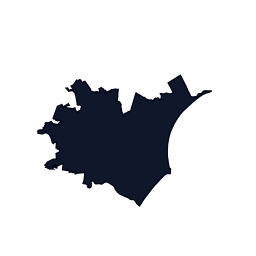 Centla, Tabasco, Mexico, rotated 143°
{"feature_id": "50627088B3950990861765", "entity_name": "Centla", "entity_type": "district", "adm_level": 2, "iso_a3": "MEX", "parent_name": "Mexico", "parent_adm1": "Tabasco", "projection": "robinson", "projection_center": [-92.665, 18.354], "detail": "fine", "context": "isolated", "style": "filled", "palette": "ink", "viewbox_px": 256, "rotation_deg": 143, "n_neighbors": 0, "source": "geoboundaries", "source_scale": "gbopen_adm2", "svg_char_len": 5892}
<svg xmlns="http://www.w3.org/2000/svg" viewBox="0 0 256 256"><g transform="rotate(143 128 128)"><path d="M165.7,59.0L162.8,59.9L158.8,61.5L145.8,65.2L140.6,66.4L138.7,66.6L132.2,67.9L128.5,68.4L126.4,68.5L125.3,68.4L124.6,68.3L123.8,68.0L123.0,67.2L121.9,66.4L121.5,66.4L119.2,69.2L118.7,70.0L119.1,71.2L118.9,72.0L118.3,73.1L117.4,74.9L117.0,75.6L116.8,76.2L115.2,78.8L114.5,80.4L112.4,83.5L110.5,86.1L106.7,90.7L104.6,92.8L101.4,95.7L98.9,97.7L96.8,99.3L93.7,101.1L93.4,101.2L93.2,101.4L93.2,101.5L91.6,102.3L91.1,102.5L88.6,103.8L85.0,105.3L83.6,105.8L82.0,106.4L77.9,107.7L73.8,108.5L68.3,109.2L67.9,109.1L63.3,109.6L63.0,109.6L61.2,109.8L61.0,109.7L60.6,109.8L57.8,110.0L52.7,110.1L49.0,109.9L46.9,109.6L45.8,109.4L44.2,108.9L40.9,107.6L38.9,107.3L41.5,109.1L43.7,111.0L45.0,111.7L45.6,111.9L47.7,111.4L48.7,111.3L49.4,111.7L50.7,112.5L51.4,112.7L51.8,112.6L52.9,112.1L53.5,111.9L54.5,111.9L55.1,112.1L57.1,113.4L58.4,114.4L58.8,114.8L59.0,116.4L58.9,116.6L58.7,116.6L57.7,122.0L56.5,127.4L54.5,138.5L68.7,139.8L70.4,129.0L71.9,129.1L72.8,129.4L73.9,129.6L75.3,131.3L76.4,132.7L77.0,133.0L78.0,133.2L79.1,133.7L79.4,133.9L80.4,135.2L81.4,135.9L81.6,135.6L81.6,134.7L81.5,133.5L82.1,133.3L82.3,133.1L82.9,132.4L83.2,131.7L83.4,131.6L83.9,131.7L84.3,131.0L84.6,130.8L84.9,130.8L86.2,131.7L86.0,132.3L85.6,132.9L85.6,133.1L85.8,133.6L86.2,134.1L86.5,134.2L87.0,134.1L87.5,134.2L87.8,134.5L88.0,135.0L88.3,135.2L88.8,135.2L89.9,135.1L90.7,134.7L91.2,134.3L91.8,134.7L91.9,135.1L92.1,135.7L92.4,136.1L93.1,136.8L94.1,137.2L94.3,137.6L94.9,138.2L95.2,138.7L95.7,139.1L95.8,139.5L95.7,139.7L95.7,139.8L96.3,140.3L96.6,141.0L96.3,142.0L96.3,142.3L96.6,142.5L97.3,142.9L97.3,143.0L99.1,147.7L99.3,147.6L100.5,151.0L102.3,149.8L115.5,140.0L118.4,140.7L121.2,141.1L124.1,141.6L123.6,144.0L122.6,146.2L121.6,147.6L121.3,149.0L121.0,149.4L120.4,150.1L120.1,150.2L119.5,150.9L119.2,152.9L119.2,153.9L119.8,154.0L119.9,154.7L120.2,156.0L120.2,156.6L117.3,159.4L115.3,162.0L112.7,164.7L115.2,166.9L117.4,167.9L118.1,168.6L118.6,168.6L119.6,168.3L119.9,167.9L119.9,168.5L123.3,169.5L124.6,167.5L125.2,168.5L124.8,168.7L124.8,169.2L124.9,169.9L124.6,170.3L123.7,170.7L123.4,171.1L123.4,171.3L123.5,171.7L124.1,172.2L124.5,172.8L124.5,173.3L124.3,173.8L124.2,174.0L124.4,174.2L125.2,174.7L125.3,174.9L125.0,175.6L125.0,176.1L125.1,176.4L126.1,176.3L127.4,176.7L128.9,173.2L131.7,176.3L133.0,175.3L133.1,176.7L134.5,178.2L135.4,179.8L135.4,180.8L135.1,181.3L134.7,181.4L134.4,191.2L137.7,191.9L137.1,194.1L137.4,194.1L137.2,194.9L137.3,195.4L137.7,195.7L138.2,195.8L139.2,195.3L139.6,195.4L140.0,195.9L140.2,197.0L141.1,196.8L141.9,196.3L146.1,195.2L148.1,195.7L148.4,191.9L148.8,191.9L149.2,191.8L149.6,191.9L150.3,192.8L150.7,193.1L151.2,193.1L151.8,193.0L152.0,193.1L152.2,193.8L152.7,194.6L152.6,194.9L152.2,195.7L152.2,196.1L152.6,196.5L153.4,197.0L153.4,196.3L153.2,194.9L153.1,193.0L150.6,192.1L150.2,191.3L149.4,191.3L149.4,189.4L148.6,187.7L149.8,186.9L149.9,186.4L149.6,186.3L149.7,186.0L154.2,177.2L154.3,177.2L154.2,176.6L153.7,176.0L153.4,175.9L152.7,176.0L152.5,175.8L152.0,174.4L151.9,174.0L152.1,172.7L152.4,172.6L152.8,172.5L154.7,171.0L155.5,170.7L155.8,170.5L156.0,170.5L156.3,170.6L156.4,171.1L156.5,171.2L157.4,170.9L157.8,170.9L158.1,171.2L158.8,171.0L159.0,171.4L159.0,171.7L159.5,173.7L158.4,176.0L159.4,176.3L160.0,176.2L164.8,180.8L165.2,182.7L164.0,182.8L161.3,181.6L161.1,183.2L167.2,183.8L166.8,186.5L170.2,187.4L171.3,187.7L171.8,187.5L172.2,187.1L179.8,182.1L181.1,181.3L181.5,181.0L182.0,180.3L181.8,179.9L180.9,179.6L180.2,179.0L180.3,178.3L180.5,177.7L180.9,178.8L180.9,178.7L180.8,177.4L180.2,177.1L179.9,177.3L179.7,176.9L179.8,176.3L179.7,176.1L178.4,175.5L178.2,175.3L177.2,174.6L176.8,174.3L176.8,173.8L182.5,172.9L182.9,173.8L185.6,176.8L185.4,179.2L186.5,179.5L187.7,179.7L188.8,180.2L189.1,180.4L189.7,181.2L190.1,181.5L191.0,181.6L191.4,181.4L191.7,180.8L191.9,179.9L192.2,179.8L192.6,179.8L193.1,180.0L193.7,179.0L194.2,178.9L194.6,178.9L195.3,179.3L195.5,178.9L195.7,178.6L195.8,177.5L196.4,178.0L196.5,177.8L196.8,177.6L197.0,177.6L197.4,177.8L199.0,179.0L200.0,179.6L200.7,179.9L201.6,179.9L201.8,179.7L202.1,179.3L202.9,178.0L199.8,174.8L196.2,173.9L194.8,170.1L195.2,166.9L197.2,161.5L196.8,160.7L196.4,161.3L193.5,159.6L195.6,157.3L195.6,156.6L196.3,156.5L197.3,155.4L196.6,154.6L197.1,154.1L196.6,153.4L195.7,154.3L195.1,153.0L195.8,152.6L196.1,151.2L196.3,151.1L196.4,150.7L197.9,149.5L198.4,150.3L200.7,150.8L201.1,150.3L203.6,146.3L205.8,147.3L206.4,147.9L206.9,148.2L209.2,148.5L212.8,149.2L216.7,148.3L216.2,146.3L217.1,146.1L215.3,145.0L216.3,144.6L215.4,142.6L212.4,140.4L212.5,140.7L211.2,143.1L210.6,142.9L209.9,142.5L208.3,142.0L208.3,141.9L210.7,141.4L210.1,141.0L209.8,140.2L208.9,139.0L207.7,140.4L203.3,139.4L202.3,139.1L200.6,138.8L205.4,134.1L200.7,129.4L200.8,129.2L200.9,128.8L201.4,128.1L200.0,127.8L200.1,127.5L200.1,127.0L199.2,127.0L199.0,126.8L198.9,125.9L198.9,125.7L198.6,125.5L198.2,126.1L198.1,125.5L198.0,125.4L197.7,125.0L197.3,124.9L197.3,124.5L197.7,123.2L197.3,122.8L197.1,122.9L197.0,123.3L189.1,118.5L194.7,112.4L197.1,110.9L196.8,110.3L195.7,109.3L195.2,108.7L194.3,105.7L195.7,105.3L195.4,104.3L195.2,104.0L194.8,103.5L194.4,103.3L193.8,103.2L192.9,103.5L192.2,103.8L191.9,104.2L191.0,105.4L190.2,106.9L190.0,107.3L189.4,107.5L188.9,107.4L188.0,107.0L187.6,106.6L187.5,106.4L187.4,106.0L187.5,105.4L187.7,104.0L187.6,103.6L187.2,102.9L186.6,102.3L184.6,101.2L183.1,99.5L182.7,99.1L182.0,98.9L180.0,98.9L179.2,98.8L177.5,97.9L177.0,97.4L176.8,97.0L176.5,96.2L175.9,95.0L175.1,92.7L174.5,91.4L174.3,90.6L174.3,89.4L174.4,88.3L174.9,86.6L174.9,83.6L174.8,82.6L174.3,80.8L173.9,79.6L173.4,78.8L172.2,76.8L172.0,76.1L171.5,75.1L170.2,73.2L169.7,72.2L169.1,70.8L169.1,70.0L168.3,68.9L166.9,67.8L166.3,67.0L166.0,65.9L166.0,64.9L166.4,62.8L166.3,62.3L165.7,59.0Z" fill="#0f172a" stroke="#020617" stroke-width="1.5"/></g></svg>